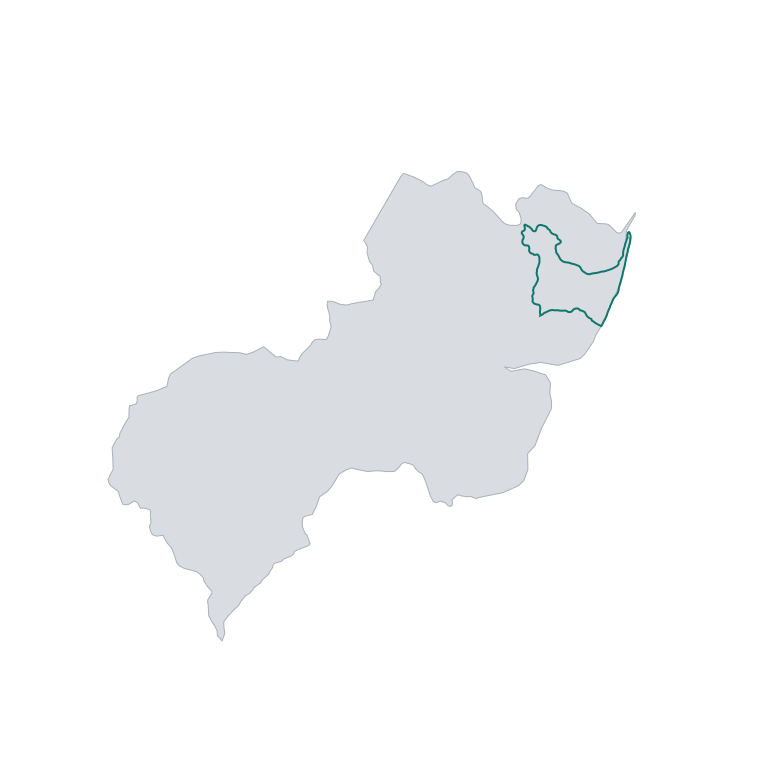 I-2 Waini, Barima-Waini, Guyana shown in context, rotated 72°
{"feature_id": "73187651B25125705574502", "entity_name": "I-2 Waini", "entity_type": "district", "adm_level": 2, "iso_a3": "GUY", "parent_name": "Guyana", "parent_adm1": "Barima-Waini", "projection": "mercator", "projection_center": [-59.589, 7.691], "detail": "fine", "context": "in_parent", "style": "outline", "palette": "teal", "viewbox_px": 768, "rotation_deg": 72, "n_neighbors": 0, "source": "geoboundaries", "source_scale": "gbopen_adm2", "svg_char_len": 9393}
<svg xmlns="http://www.w3.org/2000/svg" viewBox="0 0 768 768"><g transform="rotate(72 384 384)"><path d="M241.1,358.8L224.3,340.1L207.4,321.3L190.8,302.7L189.7,300.2L196.6,291.4L202.8,285.1L208.0,281.4L210.4,278.3L208.6,264.7L208.7,259.8L206.3,254.4L204.5,248.5L206.6,243.5L209.1,240.0L212.3,238.7L220.1,237.4L225.5,237.0L227.5,235.0L230.7,232.6L234.8,232.5L243.0,234.1L246.7,231.1L253.4,227.0L268.5,220.0L271.9,215.4L274.3,208.3L274.0,205.0L272.5,203.7L268.7,202.5L263.0,202.4L258.4,204.2L253.6,203.2L249.7,198.8L249.4,195.2L251.8,190.0L250.4,186.6L242.9,175.8L242.9,172.9L248.4,168.0L251.5,163.9L255.8,154.0L259.1,150.7L269.7,149.6L272.4,147.5L277.7,142.2L285.7,136.3L297.2,131.5L300.6,122.8L302.6,120.5L311.8,115.9L313.4,113.5L313.1,111.3L298.4,91.8L301.4,93.2L312.8,105.9L319.1,108.6L320.4,108.7L320.5,105.4L326.3,106.8L341.2,115.5L363.1,129.8L393.9,156.9L402.7,167.2L408.6,172.1L417.7,183.9L420.4,189.6L420.1,212.6L412.0,228.1L410.0,239.8L409.6,255.3L404.9,264.2L411.1,259.4L413.1,245.4L418.4,236.9L425.3,227.5L434.5,225.3L444.5,229.3L452.5,230.0L459.6,232.7L474.6,247.7L489.3,259.5L494.6,268.9L510.1,273.7L519.3,281.1L522.3,287.6L524.1,304.5L521.1,330.0L521.9,331.3L517.7,336.3L517.0,339.5L514.2,345.2L512.1,348.2L515.2,355.3L518.7,355.6L520.1,356.5L520.9,357.9L520.7,359.4L519.4,360.7L516.0,362.4L512.8,366.5L513.1,370.9L511.1,373.3L504.7,374.5L492.2,374.5L486.0,374.8L481.1,375.6L477.8,378.5L473.7,380.5L470.5,381.0L467.6,384.4L464.7,389.2L465.7,392.4L468.6,396.8L470.4,401.3L468.1,408.5L465.6,414.1L464.1,418.3L462.2,426.5L457.3,435.5L453.9,440.7L453.9,446.2L455.6,454.2L465.5,465.7L468.7,471.2L471.4,480.0L480.3,487.0L485.9,492.6L485.4,500.0L486.2,502.4L489.6,504.2L493.8,505.7L498.5,505.5L502.7,504.9L503.7,503.9L513.3,503.7L514.4,505.6L515.0,516.3L515.4,520.6L517.6,522.4L519.0,525.0L519.1,527.4L519.5,533.4L521.0,536.5L520.7,542.9L521.7,545.3L524.4,546.9L527.8,551.4L529.0,552.0L529.7,553.6L532.6,560.1L534.0,562.1L535.1,562.4L535.5,564.6L537.6,570.7L539.0,572.2L541.7,576.7L542.8,581.6L546.4,587.1L550.0,590.9L551.6,594.9L556.3,603.8L560.8,610.0L566.9,611.6L572.0,612.5L575.2,614.9L578.3,617.5L574.9,618.7L571.9,620.3L567.7,619.0L561.9,619.7L555.9,621.4L550.3,622.3L539.8,619.5L536.6,619.1L534.4,617.9L530.0,612.4L527.9,611.8L522.3,614.4L515.5,616.1L512.2,615.8L508.3,617.6L504.7,620.1L497.7,630.8L494.1,634.6L490.3,636.3L482.6,636.3L474.4,636.7L468.2,639.3L462.4,640.6L459.5,640.8L458.6,646.6L457.2,649.3L455.4,650.9L450.9,651.4L446.9,651.2L444.5,648.7L439.9,647.5L435.9,646.6L433.3,645.2L431.2,645.6L429.5,648.0L428.1,650.1L426.8,654.0L420.7,655.2L418.1,657.4L419.6,664.6L418.9,667.4L417.6,669.6L410.3,670.0L404.0,669.9L400.4,672.5L395.8,675.6L393.1,676.2L389.9,676.0L385.6,672.4L381.5,668.0L371.0,664.9L360.7,662.3L353.9,655.3L352.3,651.9L349.1,650.3L341.0,642.0L336.6,636.7L331.8,635.2L326.2,633.0L326.4,629.1L326.1,625.4L323.7,623.9L320.3,622.9L319.1,620.8L319.5,615.9L320.1,603.3L319.2,591.2L311.8,587.0L308.6,584.1L302.9,566.3L300.3,558.2L300.1,552.2L302.0,534.4L304.1,526.7L309.9,511.2L313.2,505.9L313.4,502.0L313.0,497.0L311.3,487.0L321.1,480.8L325.2,478.1L325.9,473.9L331.1,468.6L333.4,463.6L335.4,459.6L334.8,457.5L332.6,456.3L329.9,452.5L324.3,441.6L322.2,439.4L320.5,436.3L321.4,431.5L323.6,426.2L323.3,424.1L319.9,421.2L313.0,416.5L307.3,416.2L302.8,414.5L296.3,414.2L291.0,413.7L288.0,412.0L288.7,409.1L290.0,406.9L294.4,401.4L297.3,395.5L297.7,389.8L298.6,382.2L299.9,375.7L300.6,368.3L293.6,363.4L291.4,359.4L288.6,355.9L285.4,355.9L280.7,354.4L273.3,359.0L267.4,358.2L263.4,359.9L254.2,359.6L248.2,357.3L241.1,358.8Z" fill="#d9dde1" stroke="#a8b0b8" stroke-width="1"/><path d="M318.4,107.0L318.9,106.8L319.6,107.0L320.2,107.4L320.8,107.8L321.3,108.5L322.0,108.9L322.7,109.4L323.4,109.8L324.1,110.4L324.7,110.9L325.6,111.5L326.4,112.0L327.0,112.3L327.6,112.6L328.2,113.1L328.8,113.5L329.5,114.0L330.0,114.4L330.8,114.9L331.6,115.3L332.2,115.7L332.9,115.9L333.6,116.2L334.4,116.5L335.2,116.7L335.9,117.1L336.5,117.7L337.0,118.3L337.4,119.1L337.9,119.9L338.4,120.4L338.9,120.9L339.4,121.5L339.5,122.1L339.9,122.8L340.6,123.2L341.3,123.5L342.1,123.7L342.7,124.1L343.1,124.8L343.5,125.4L343.9,126.0L344.0,127.0L344.3,128.0L344.4,128.7L344.5,129.4L344.7,130.2L344.8,131.1L344.9,132.0L344.9,132.8L345.0,133.8L345.0,134.6L345.0,135.7L344.9,136.4L345.0,137.2L345.0,138.2L344.9,138.9L345.0,139.7L344.8,140.5L344.6,141.4L344.4,142.2L344.3,143.1L344.3,144.0L344.3,144.8L344.2,145.7L344.2,146.6L344.0,147.4L343.9,148.2L343.7,148.9L343.7,149.6L343.5,150.6L343.3,151.4L343.2,152.2L343.2,152.9L343.2,153.7L343.2,154.4L342.9,155.1L342.6,155.8L342.1,156.7L341.5,157.4L340.9,157.9L340.1,158.5L339.4,159.1L338.8,159.6L338.0,160.2L337.3,160.5L336.6,160.7L336.0,160.9L335.3,161.0L334.6,161.1L333.9,161.2L333.0,161.5L332.1,162.1L331.6,162.6L331.0,163.4L330.5,164.0L329.9,164.6L329.3,165.4L328.8,166.3L328.4,166.9L327.8,167.7L327.4,168.5L327.0,169.0L326.1,170.1L325.7,170.8L325.3,171.5L325.0,172.2L324.7,173.0L324.4,173.6L324.0,174.2L323.7,174.8L323.2,175.4L322.6,176.0L322.1,176.4L321.5,176.9L320.9,177.1L320.2,177.6L319.6,177.8L318.8,177.9L317.9,178.1L317.0,178.2L316.3,178.3L315.6,178.5L314.9,178.6L314.1,178.9L313.4,179.3L312.6,179.4L311.8,179.5L311.1,179.3L310.1,179.1L309.3,179.1L308.7,179.0L308.0,178.9L307.3,178.5L306.6,178.3L306.0,178.0L305.3,177.6L305.0,177.0L304.9,176.1L304.8,175.5L304.8,174.6L304.6,174.0L304.5,173.3L304.0,172.5L303.5,171.9L302.8,171.8L302.0,172.0L301.5,172.4L300.7,172.9L300.2,173.4L299.6,173.8L299.0,173.9L298.3,173.9L297.5,173.8L296.7,173.7L296.0,174.0L295.4,174.5L294.9,175.0L294.4,175.8L293.8,176.6L293.2,177.2L292.7,177.7L292.1,178.1L291.2,178.5L290.5,178.6L289.6,178.6L288.8,178.9L288.0,179.4L287.4,179.9L286.7,180.5L286.0,180.4L285.3,180.7L284.7,181.1L284.1,181.6L283.5,182.2L283.1,182.8L282.6,183.6L282.1,184.2L281.7,184.9L281.2,185.6L281.0,186.4L280.9,187.3L281.0,188.1L281.3,188.9L281.8,189.6L282.4,190.2L283.0,190.8L283.7,191.2L284.3,191.5L284.8,192.1L285.3,192.7L285.3,193.5L285.0,194.2L284.6,194.8L284.0,195.2L283.2,195.5L282.3,195.5L281.6,196.1L280.9,196.4L280.0,196.9L279.3,197.2L279.0,197.8L278.5,198.4L277.9,198.7L277.3,199.2L276.8,199.8L276.3,200.3L276.0,200.9L276.6,201.6L278.5,201.7L279.8,202.0L280.6,202.4L281.2,202.9L281.4,203.7L281.5,204.5L281.7,205.4L282.2,206.0L283.0,206.4L283.6,206.3L284.4,206.1L285.0,205.9L285.8,205.6L286.6,205.5L287.4,205.7L287.9,206.2L289.0,206.6L289.5,207.3L289.9,207.8L290.6,208.1L291.4,208.5L292.0,208.6L292.9,208.7L293.5,208.5L294.3,208.2L295.0,207.8L295.5,207.3L295.9,206.7L296.0,206.0L296.4,205.3L296.7,204.7L297.1,204.0L297.7,203.8L298.4,203.7L299.4,203.8L300.1,203.9L300.9,204.3L301.7,204.8L302.5,204.8L303.3,204.7L304.2,204.5L304.8,204.1L305.3,203.6L305.6,202.9L306.1,202.3L306.7,201.9L307.3,201.6L307.8,200.8L307.9,200.1L308.0,199.3L308.1,198.4L308.4,197.8L309.0,197.5L309.8,197.3L310.5,197.1L311.2,197.1L311.9,197.2L312.7,197.4L313.6,197.7L314.2,197.9L314.9,198.1L315.9,198.4L316.7,198.8L317.3,199.2L318.0,199.7L318.6,200.2L319.2,200.6L319.8,201.0L320.6,201.6L321.2,202.2L321.8,202.8L322.6,203.2L323.3,203.5L324.1,203.7L324.7,204.0L325.6,204.6L326.3,204.7L327.2,204.8L327.8,204.8L329.2,204.9L330.1,204.9L330.8,204.9L331.6,205.0L332.4,205.5L333.0,205.8L333.7,206.4L334.3,207.0L334.8,207.5L335.5,208.2L336.0,208.7L336.8,209.5L337.4,210.2L337.9,211.0L338.3,211.7L338.9,212.1L339.6,212.4L340.2,212.7L340.8,213.3L341.7,213.4L342.3,213.4L343.0,213.5L343.7,213.6L344.4,214.0L344.8,214.6L345.3,215.2L345.8,215.6L346.5,215.9L347.3,216.0L348.3,216.1L348.9,216.2L349.6,216.4L350.3,216.8L351.0,217.1L351.9,217.2L352.8,216.9L353.3,216.6L354.0,216.2L354.6,215.5L355.0,214.9L355.4,214.3L355.8,213.7L356.2,213.0L356.4,212.3L357.1,211.9L357.8,211.7L358.5,211.6L359.2,211.7L359.9,211.9L360.5,212.1L361.8,212.6L362.5,213.0L363.3,213.3L364.0,213.5L364.9,213.7L365.7,213.8L366.6,213.8L367.2,214.2L367.0,212.7L366.8,211.7L366.6,211.0L366.2,210.2L365.9,209.5L365.8,208.6L365.8,207.7L365.7,207.0L365.5,205.6L365.4,204.8L365.3,204.0L365.3,203.1L365.4,202.4L365.6,201.5L365.7,200.8L366.1,200.1L366.4,199.4L366.8,198.5L367.0,197.7L367.3,196.7L367.6,195.8L367.9,195.2L368.3,194.6L368.7,193.9L368.9,193.1L369.3,192.1L369.5,191.3L369.8,190.3L370.0,189.3L370.4,188.6L370.8,188.0L371.3,187.5L372.1,186.9L372.5,186.3L372.9,185.6L373.0,184.7L373.2,183.9L373.0,183.2L372.7,182.6L372.4,181.9L371.8,181.1L371.6,180.4L371.6,179.7L371.4,178.7L371.6,177.8L371.8,177.1L372.1,176.3L372.6,175.8L373.3,175.3L374.7,174.5L375.1,173.6L375.7,172.9L376.2,172.3L377.0,171.5L377.7,170.9L378.6,170.6L379.3,170.6L380.1,170.4L381.9,170.0L382.6,169.8L383.3,169.3L384.6,168.5L385.3,167.7L385.8,167.1L386.3,166.7L387.1,166.7L387.8,166.8L388.4,166.4L388.9,165.8L390.3,164.8L390.9,164.4L391.7,163.8L392.4,163.1L393.2,162.4L394.0,161.6L394.7,160.9L395.2,160.4L395.7,159.8L396.0,159.4L395.1,158.3L394.2,157.4L392.8,156.1L391.3,154.6L390.8,153.8L390.5,153.6L387.3,150.7L385.7,149.7L383.7,148.0L382.7,147.3L380.9,145.4L379.6,144.7L378.3,143.4L376.3,141.6L375.7,141.3L375.0,140.6L373.8,139.4L373.1,138.5L371.8,136.5L371.4,135.8L370.1,134.1L369.0,133.1L367.9,132.3L364.3,130.4L363.6,129.9L360.9,127.9L356.9,125.4L355.3,124.2L353.2,123.0L352.4,122.7L346.7,119.0L346.4,118.8L339.8,115.2L337.9,114.2L336.7,113.5L334.8,112.2L332.7,111.0L331.0,110.2L329.4,109.0L328.2,108.1L324.6,105.9L321.2,104.3L320.6,104.1L319.6,103.8L319.0,103.7L315.8,103.7L315.4,103.9L315.2,104.3L315.2,104.8L315.5,105.2L318.4,107.0Z" fill="none" stroke="#0f766e" stroke-width="2"/></g></svg>